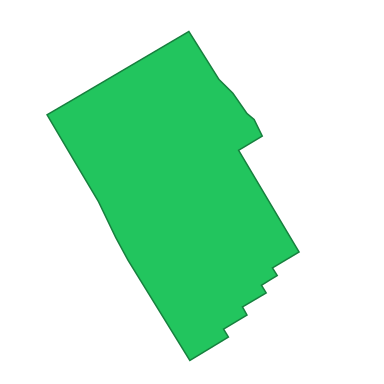 Carter, Missouri, United States of America, rotated 58°
{"feature_id": "52423323B98305313857375", "entity_name": "Carter", "entity_type": "district", "adm_level": 2, "iso_a3": "USA", "parent_name": "United States of America", "parent_adm1": "Missouri", "projection": "albers", "projection_center": [-90.88, 36.956], "detail": "fine", "context": "isolated", "style": "filled", "palette": "green", "viewbox_px": 384, "rotation_deg": 58, "n_neighbors": 0, "source": "geoboundaries", "source_scale": "gbopen_adm2", "svg_char_len": 479}
<svg xmlns="http://www.w3.org/2000/svg" viewBox="0 0 384 384"><g transform="rotate(58 192 192)"><path d="M333.7,283.1L334.3,238.0L325.0,237.9L325.5,210.6L316.2,210.1L316.9,182.6L307.9,182.5L307.9,173.0L308.0,164.0L299.0,164.0L299.6,133.0L274.5,132.5L181.3,130.4L181.8,102.8L163.5,100.9L154.5,103.8L129.9,105.0L110.9,109.5L54.2,109.6L50.8,237.2L49.7,274.0L104.7,275.4L150.5,276.4L190.2,280.8L215.9,282.4L333.7,283.1Z" fill="#22c55e" stroke="#15803d" stroke-width="1.5"/></g></svg>